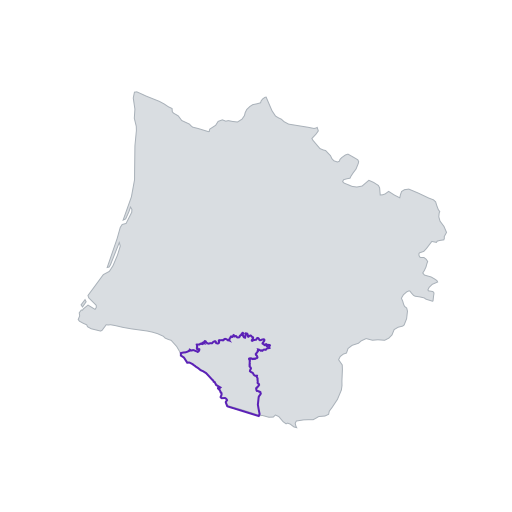 Gontougo, Zanzan, Ivory Coast shown in context, rotated 115°
{"feature_id": "98640826B5040161076408", "entity_name": "Gontougo", "entity_type": "district", "adm_level": 2, "iso_a3": "CIV", "parent_name": "Ivory Coast", "parent_adm1": "Zanzan", "projection": "natural_earth1", "projection_center": [-3.58, 7.921], "detail": "fine", "context": "in_parent", "style": "outline", "palette": "violet", "viewbox_px": 512, "rotation_deg": 115, "n_neighbors": 0, "source": "geoboundaries", "source_scale": "gbopen_adm2", "svg_char_len": 9475}
<svg xmlns="http://www.w3.org/2000/svg" viewBox="0 0 512 512"><g transform="rotate(115 256 256)"><path d="M138.1,108.2L139.5,108.2L143.2,106.9L146.6,104.0L149.8,98.1L154.1,93.3L158.9,93.6L160.3,92.8L162.0,92.6L164.0,95.7L166.0,98.1L167.4,98.2L168.5,102.8L177.2,104.7L180.9,105.9L184.1,109.2L185.2,109.3L186.5,108.6L187.6,107.4L187.8,106.2L186.4,103.2L187.0,100.5L188.4,98.1L190.7,97.9L194.1,97.3L198.0,97.3L200.9,97.7L202.1,95.3L201.0,88.5L201.3,84.8L201.8,81.7L202.8,80.4L207.2,84.3L211.1,85.8L214.0,85.9L214.7,85.1L213.5,80.8L213.9,79.5L214.9,78.8L216.8,78.3L221.9,76.6L222.4,76.9L223.3,83.7L222.9,85.9L223.9,90.5L225.2,94.8L225.1,96.6L224.0,99.2L222.8,101.6L222.9,102.6L224.9,104.3L228.8,106.0L232.8,106.4L235.0,103.9L237.3,101.9L238.9,100.1L239.5,97.4L242.0,95.4L249.2,93.0L255.9,92.6L257.5,93.4L260.5,97.1L264.3,99.7L270.1,99.4L274.3,100.9L278.0,103.8L280.4,110.1L283.1,114.8L284.3,121.3L288.5,124.8L291.8,126.3L296.3,131.1L300.9,133.5L305.7,133.0L308.0,135.4L311.5,137.2L315.1,137.3L318.3,131.8L322.4,129.7L333.0,125.3L337.1,123.3L341.4,122.0L351.5,121.6L360.9,123.0L365.6,124.0L368.8,123.3L371.9,125.9L375.0,131.3L377.6,133.1L380.2,135.0L382.2,139.3L384.4,143.6L385.7,145.5L388.5,149.7L391.0,149.8L393.3,148.0L394.4,146.6L394.9,149.4L393.9,153.9L394.1,156.7L395.4,157.8L394.7,161.4L391.9,167.5L391.9,171.2L394.7,172.3L396.7,176.2L397.8,182.7L399.0,184.9L399.1,186.3L401.1,202.3L403.6,218.3L402.1,220.4L399.9,221.0L398.5,221.7L398.1,223.2L399.0,225.4L398.4,227.4L395.7,228.8L389.9,233.9L389.5,235.9L387.9,240.2L386.6,242.9L384.7,247.8L381.7,260.7L380.6,271.5L380.4,274.8L379.2,277.1L377.9,280.4L371.5,289.7L368.3,297.2L368.7,300.5L368.8,303.7L367.9,306.1L368.0,312.5L368.8,317.8L370.0,323.0L374.6,337.8L377.0,346.8L378.5,354.0L379.8,358.9L381.0,360.8L381.6,362.7L388.4,364.1L389.7,365.1L391.6,374.6L391.3,378.8L389.9,380.4L390.0,384.0L389.7,388.5L388.7,390.3L384.8,390.5L382.2,392.2L378.8,391.5L378.5,390.4L376.6,390.0L371.5,387.5L372.4,379.3L370.0,379.0L368.2,380.0L364.6,389.9L362.8,391.6L337.4,386.5L331.9,382.4L325.3,381.5L313.8,381.9L304.3,383.2L301.6,385.6L325.6,384.2L328.1,384.5L329.3,386.0L299.0,389.2L287.4,391.1L284.0,390.6L281.4,387.5L268.9,387.1L266.3,388.1L264.7,390.4L269.7,389.9L277.5,389.8L279.6,391.6L255.1,393.9L238.2,398.3L231.0,401.6L207.3,412.3L192.9,417.4L189.1,419.3L182.6,424.5L174.1,427.8L164.7,434.0L158.9,435.4L157.6,433.4L157.5,423.0L156.7,409.0L157.0,403.6L157.8,398.5L157.8,394.4L160.7,392.8L161.4,391.0L161.9,385.6L164.6,380.6L164.6,372.0L165.4,370.2L166.0,367.9L164.9,362.3L163.4,351.6L162.7,350.9L162.0,351.3L160.5,351.5L154.6,347.8L150.0,347.2L146.8,344.0L146.6,340.4L145.0,338.3L144.0,334.2L142.4,329.4L137.9,326.5L133.6,325.8L130.6,326.4L127.1,326.3L123.0,324.7L120.2,322.9L117.6,319.4L115.2,316.6L113.2,316.9L110.8,316.3L108.5,315.0L107.7,314.0L117.6,302.9L120.9,297.5L121.3,294.2L121.3,290.8L122.4,287.4L122.7,282.2L117.3,263.1L115.9,257.3L114.5,255.5L113.6,254.9L116.3,252.4L120.1,253.1L125.9,255.0L127.2,253.1L131.6,243.5L131.5,239.9L131.0,237.5L133.6,230.9L135.7,228.4L136.8,225.6L136.4,221.9L134.9,220.5L132.9,220.7L130.4,219.8L126.7,217.7L124.8,215.7L125.5,207.1L125.8,204.4L127.1,202.8L129.2,202.4L134.9,202.1L139.6,203.1L143.7,203.7L145.8,203.7L147.6,206.3L149.9,208.9L152.0,208.9L152.7,206.9L152.3,198.3L150.9,193.8L147.8,189.4L139.7,185.7L139.6,180.5L140.4,174.8L142.1,172.7L148.2,169.2L147.1,167.2L145.2,165.2L141.4,163.1L142.3,156.3L142.5,150.3L139.3,151.0L136.0,151.3L133.2,149.5L130.8,145.8L130.4,135.7L130.5,124.0L130.1,118.9L131.0,116.1L133.8,113.6L137.0,110.3L138.1,108.2ZM375.5,391.7L374.2,393.9L367.8,392.5L369.3,390.6L375.5,391.7Z" fill="#d9dde1" stroke="#a8b0b8" stroke-width="1"/><path d="M333.7,204.9L332.5,205.7L332.1,205.8L331.5,205.6L331.1,205.6L330.9,206.0L331.2,207.0L331.4,207.4L331.5,207.5L332.1,207.4L333.1,207.7L333.2,207.9L333.0,208.5L332.7,208.8L332.3,209.0L331.8,209.0L331.5,209.3L331.6,209.6L331.9,209.8L332.1,210.1L333.1,210.5L333.1,210.9L332.7,211.7L332.7,212.6L332.6,213.1L332.4,213.2L332.1,213.2L330.6,212.9L329.2,212.7L328.5,212.9L328.2,213.3L328.2,213.6L328.2,213.8L328.5,214.1L329.0,215.0L330.3,216.2L330.7,217.0L330.5,217.7L330.0,218.2L329.6,218.9L329.5,219.3L329.6,219.9L330.0,220.3L330.7,220.2L331.8,220.7L332.0,220.7L332.1,221.1L332.4,221.5L332.7,221.7L333.0,222.3L333.4,222.7L333.6,223.1L334.3,223.3L334.5,223.5L334.5,224.0L334.2,224.2L333.8,224.1L333.2,224.2L332.7,224.0L332.2,223.9L331.4,224.0L331.0,224.3L330.9,224.6L331.0,225.5L330.8,226.0L330.4,226.5L330.3,227.3L330.5,227.6L330.8,227.7L331.5,228.6L332.2,228.6L332.4,228.7L332.5,228.8L332.4,229.1L332.3,229.4L331.5,229.5L330.9,230.4L330.5,230.5L330.4,230.7L330.1,231.3L330.4,232.7L330.7,232.9L330.9,232.9L331.8,231.9L332.1,231.8L332.7,231.9L333.4,231.8L334.3,231.4L334.7,231.4L334.7,231.6L334.7,231.9L334.8,232.4L334.7,232.8L333.8,233.7L333.7,233.8L333.8,234.1L333.7,234.3L333.4,234.6L332.8,234.8L332.4,234.8L332.0,235.0L331.5,235.0L331.3,235.2L331.2,235.4L331.3,235.7L332.6,236.1L334.0,236.1L334.3,236.5L335.1,236.9L335.4,236.9L335.6,236.7L336.0,236.7L336.8,236.9L337.1,237.3L337.3,237.8L337.6,238.2L337.7,238.8L337.5,239.3L337.2,239.7L337.0,240.4L337.2,240.7L337.9,241.2L338.0,241.4L337.8,241.9L337.6,242.0L337.1,242.6L337.1,242.9L337.4,243.0L337.6,243.0L338.1,242.8L338.5,242.8L339.4,243.2L339.5,243.5L339.4,243.8L339.2,244.0L339.5,244.7L340.0,244.8L340.5,244.6L340.8,244.6L341.6,245.0L342.5,244.8L342.9,245.1L343.3,245.1L343.5,245.1L343.8,244.6L343.8,244.9L344.0,245.0L344.3,245.8L344.1,246.3L344.1,246.8L343.9,247.4L344.0,248.3L344.1,248.9L344.4,249.3L345.0,249.6L345.3,249.9L345.8,249.8L346.1,249.9L346.5,250.3L346.5,250.6L346.5,251.1L347.3,252.4L347.5,252.9L347.6,253.4L347.8,253.7L348.2,254.0L348.6,253.9L348.9,253.8L349.4,253.2L349.8,253.0L350.1,252.9L350.5,252.9L351.4,253.5L351.6,254.0L351.6,254.5L351.8,255.2L351.3,255.9L350.9,256.2L350.6,256.3L350.5,256.8L350.5,257.1L350.9,257.6L351.0,257.6L351.3,257.7L351.7,258.2L351.9,258.4L352.7,258.7L353.4,258.8L353.7,259.0L354.0,259.6L354.1,260.1L354.3,260.5L354.6,261.0L355.0,261.3L355.6,262.2L355.6,263.0L355.5,264.3L355.4,264.6L355.1,264.8L354.6,265.7L354.7,266.1L354.7,266.4L354.9,266.5L355.4,266.4L355.6,266.5L355.9,266.7L356.3,267.0L356.4,266.9L356.3,266.5L356.4,266.3L356.5,266.3L356.6,266.7L356.8,267.0L356.9,266.6L357.0,266.4L357.1,267.0L357.5,267.0L357.5,266.9L357.3,266.5L357.4,266.4L357.6,266.6L357.7,266.8L357.6,267.0L357.7,267.3L357.9,267.4L358.1,267.1L358.4,267.3L358.3,267.8L358.6,268.0L358.8,268.4L358.8,269.1L359.1,269.4L359.4,269.4L359.6,269.6L360.1,269.8L360.8,271.3L361.1,271.9L361.2,272.2L361.3,272.3L362.4,271.4L362.8,271.3L363.0,271.0L363.4,270.8L363.8,270.9L364.2,270.4L364.3,270.5L364.9,270.4L365.0,270.4L365.2,270.1L365.3,269.8L365.3,269.5L365.2,269.1L365.0,268.8L364.5,268.3L364.4,268.0L364.5,267.9L365.1,267.7L365.8,267.6L366.5,267.7L367.2,268.0L367.6,268.3L367.5,268.8L367.5,269.0L367.7,272.8L367.9,273.3L368.2,273.7L368.7,274.1L368.9,274.4L368.9,274.8L368.9,276.0L369.2,275.8L369.8,275.9L369.9,276.2L369.8,276.5L370.2,276.9L370.7,276.8L372.1,278.1L373.2,279.3L373.6,280.1L374.0,280.6L374.1,281.0L375.8,283.1L377.1,282.4L378.0,282.0L378.5,278.4L381.8,273.2L380.7,271.3L380.8,267.5L381.0,267.3L381.3,265.7L381.4,264.7L381.7,264.1L382.1,261.0L382.9,258.0L382.8,255.3L383.2,251.7L386.8,243.0L386.9,242.2L387.9,241.2L387.7,240.2L389.8,237.6L390.2,232.7L391.1,233.1L391.8,234.4L391.9,234.6L392.1,234.5L392.4,233.5L392.8,232.5L393.3,231.7L393.9,231.0L394.1,230.7L394.3,230.7L394.7,230.2L394.7,229.9L394.7,229.5L395.0,229.2L396.3,228.6L398.8,228.5L399.0,228.3L399.4,227.1L399.3,226.8L398.0,224.5L397.8,224.1L398.0,222.6L398.6,221.6L398.9,221.3L400.6,221.7L401.1,221.7L401.6,221.4L404.2,218.7L404.3,218.2L404.2,217.3L399.9,185.9L399.5,185.8L398.4,186.0L397.8,185.9L393.4,189.1L389.9,191.5L382.6,194.0L382.3,193.9L381.8,194.0L380.8,193.8L380.1,193.6L379.7,193.6L379.4,193.5L378.7,193.5L377.9,194.4L377.6,194.4L377.5,194.5L377.4,195.4L377.7,195.8L377.5,196.3L377.6,197.4L377.7,197.8L377.9,198.2L377.3,199.0L376.0,199.9L375.7,200.0L375.6,199.9L375.4,199.6L375.2,199.5L374.5,199.6L373.8,199.1L373.3,199.1L373.0,198.9L371.5,198.7L370.7,199.4L370.6,199.7L370.7,200.5L370.4,200.9L370.0,201.1L369.2,201.3L368.2,201.8L367.9,202.2L367.6,202.4L367.1,202.4L366.5,202.7L366.1,203.0L366.0,203.3L365.8,203.5L365.5,204.0L364.9,204.4L364.5,204.4L364.1,204.5L364.3,205.1L364.7,205.4L364.8,205.8L364.8,206.3L364.9,206.7L364.7,207.4L364.5,208.0L363.7,208.9L363.5,209.1L363.2,210.8L363.3,211.1L363.3,211.5L363.0,212.8L362.1,213.1L361.6,213.1L361.3,213.0L359.9,213.1L359.7,213.3L359.6,213.6L359.3,213.8L359.2,214.3L358.8,215.1L358.6,215.3L358.4,215.4L358.0,215.3L357.8,215.4L357.3,215.9L356.9,215.9L356.6,216.1L356.3,216.0L356.1,216.1L355.9,216.4L354.4,217.1L353.9,217.1L353.7,217.3L353.4,217.5L353.0,217.5L352.6,217.8L352.7,218.2L352.6,218.3L352.6,218.5L352.0,218.9L351.7,218.8L351.6,218.7L350.9,217.5L350.8,217.2L351.0,216.8L350.7,216.4L350.9,215.6L350.7,215.3L350.4,215.1L350.3,214.6L350.0,214.5L350.0,214.0L349.8,213.6L349.7,213.4L349.2,213.4L349.1,213.1L348.7,212.7L348.2,212.0L347.5,211.8L347.1,211.9L346.6,212.5L345.9,213.2L345.8,213.9L345.7,214.2L345.5,214.3L345.0,214.8L344.9,214.8L344.6,214.6L343.9,214.6L343.6,214.4L342.2,214.2L341.6,214.0L341.3,214.3L341.2,214.4L340.0,214.4L339.8,214.6L339.6,213.7L339.8,213.1L339.7,212.4L339.8,211.6L339.3,211.4L339.3,210.4L339.2,210.1L338.5,210.0L337.6,209.4L337.3,209.0L337.1,207.9L336.9,207.5L335.9,207.3L334.9,206.7L334.4,206.1L334.2,205.5L333.9,205.3L333.7,204.9Z" fill="none" stroke="#5b21b6" stroke-width="2"/></g></svg>